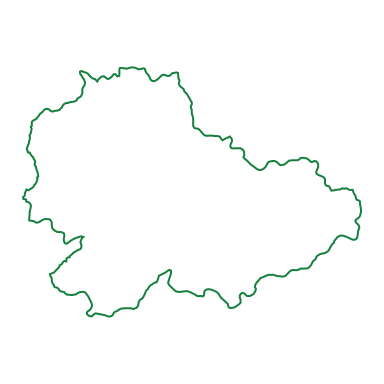 Brasilândia de Minas, Minas Gerais, Brazil
{"feature_id": "56859067B94455820983640", "entity_name": "Brasilândia de Minas", "entity_type": "district", "adm_level": 2, "iso_a3": "BRA", "parent_name": "Brazil", "parent_adm1": "Minas Gerais", "projection": "albers", "projection_center": [-45.906, -16.944], "detail": "fine", "context": "isolated", "style": "outline", "palette": "green", "viewbox_px": 384, "rotation_deg": 0, "n_neighbors": 0, "source": "geoboundaries", "source_scale": "gbopen_adm2", "svg_char_len": 5858}
<svg xmlns="http://www.w3.org/2000/svg" viewBox="0 0 384 384"><path d="M45.7,108.9L44.3,109.8L42.0,112.4L40.0,113.9L38.7,115.9L35.9,119.3L34.0,120.0L31.9,121.7L31.7,124.1L31.9,125.8L30.8,126.9L31.6,128.9L31.2,131.3L30.7,133.3L29.5,135.3L29.9,137.7L29.7,139.7L29.0,141.6L28.9,143.5L28.1,145.0L27.4,147.1L26.7,148.7L28.2,152.7L29.6,152.5L31.6,155.9L32.9,156.9L33.6,158.7L34.8,160.4L35.2,162.1L34.6,163.7L34.8,165.5L36.0,166.7L36.3,169.0L37.2,171.1L38.1,174.7L38.2,176.5L37.1,177.5L37.5,179.3L36.2,182.8L35.1,184.4L34.0,185.4L33.3,187.1L28.5,190.3L26.5,189.5L24.9,193.2L24.8,195.5L23.0,197.3L23.4,199.0L24.8,199.1L26.2,199.8L26.2,201.5L28.0,202.0L29.7,203.0L30.9,205.2L30.7,207.6L29.7,211.7L29.5,216.1L29.1,218.1L29.3,220.5L33.7,221.1L35.0,222.1L36.5,222.7L38.4,222.4L41.1,220.9L42.7,219.8L44.7,219.1L48.3,219.1L49.7,219.4L50.8,220.5L51.7,222.3L52.0,227.2L52.5,228.4L53.6,229.8L56.6,231.7L58.6,232.1L60.6,232.0L62.3,232.4L64.0,233.4L64.4,236.1L63.9,237.8L63.8,240.4L64.7,243.0L66.4,243.8L68.3,242.6L70.1,241.1L72.2,239.8L75.7,238.0L81.0,236.3L83.3,237.0L81.9,238.2L80.5,241.6L80.6,243.0L81.3,244.8L81.5,246.4L81.1,247.9L80.4,249.1L77.2,250.4L75.4,251.7L73.9,252.3L72.5,253.8L70.1,255.8L69.6,257.3L67.9,257.4L66.5,258.4L66.3,261.4L64.6,260.9L63.0,262.0L62.0,263.9L59.8,265.2L59.3,266.8L53.9,272.6L49.9,274.1L50.3,276.0L51.4,277.5L51.8,279.5L51.8,281.5L52.6,283.5L53.8,284.9L54.2,286.7L55.5,287.4L57.0,287.6L58.4,288.7L59.2,290.2L60.6,291.3L64.2,292.1L65.4,293.5L66.6,294.5L72.1,295.1L74.1,294.6L76.2,294.3L77.6,293.2L79.2,292.3L82.8,291.8L84.9,292.2L88.0,296.0L91.4,302.8L92.0,304.9L91.8,306.6L90.9,308.6L89.3,310.4L88.0,311.2L87.0,312.2L86.8,313.8L87.8,314.9L89.5,316.2L91.8,316.3L93.8,314.4L95.6,313.4L101.1,314.4L105.2,315.3L108.1,316.4L109.5,316.6L110.8,316.3L112.4,315.4L113.2,314.2L113.7,312.9L114.8,311.8L116.8,311.2L120.3,308.9L122.6,308.4L124.1,308.4L125.7,308.2L131.9,308.4L133.3,309.0L136.3,307.9L137.8,306.2L138.5,304.2L138.5,302.5L139.2,301.1L140.3,299.6L142.1,298.6L143.0,297.5L144.8,294.1L145.5,292.1L146.5,290.2L148.1,288.8L148.9,287.0L150.5,285.4L152.2,284.3L153.5,283.3L155.1,282.5L156.5,282.3L157.4,280.8L159.0,275.7L165.3,272.6L169.1,269.9L171.0,270.6L171.0,272.7L170.8,274.1L168.1,282.5L168.7,284.3L169.9,285.9L175.5,291.1L177.8,291.9L180.1,291.9L185.9,291.2L187.4,291.2L189.3,291.8L193.1,293.6L194.9,294.5L197.4,296.1L201.1,296.0L202.8,296.5L204.1,295.1L204.1,293.2L204.4,291.3L206.1,289.6L208.4,289.2L210.8,289.5L213.4,290.4L216.5,291.9L218.3,293.5L219.5,295.2L220.3,296.8L221.5,298.1L227.6,303.7L228.7,307.2L230.3,308.1L233.9,307.6L235.7,306.6L239.5,303.9L240.5,302.7L240.6,300.6L240.3,298.9L239.7,297.2L239.9,295.3L240.7,293.9L242.6,292.8L244.3,293.5L246.7,295.8L248.2,296.1L249.9,296.0L253.3,294.2L254.3,292.9L255.5,290.8L255.9,288.9L254.9,286.9L255.3,284.8L256.4,283.0L260.4,278.2L263.4,277.0L267.0,275.3L268.7,274.9L273.4,274.8L277.0,276.0L282.6,276.6L284.5,276.3L285.8,275.6L289.7,271.5L291.2,270.4L293.3,269.9L295.7,270.2L297.6,270.1L300.7,268.6L305.3,268.6L308.1,268.1L309.8,266.7L311.1,265.0L312.9,261.4L314.1,260.2L315.5,259.2L316.0,257.7L317.0,256.1L319.7,254.3L321.8,253.6L324.3,253.3L326.5,252.2L328.4,250.9L331.2,245.7L332.2,244.2L333.9,242.7L334.2,241.1L337.1,237.5L338.6,236.3L340.5,235.5L343.8,235.8L349.7,238.3L351.5,239.2L353.2,239.8L354.8,239.7L356.2,238.9L357.2,237.8L357.6,235.6L358.1,231.1L359.4,227.4L358.7,225.3L355.7,222.1L355.4,220.5L356.5,219.3L358.1,218.2L359.7,216.5L360.4,214.6L360.8,212.6L361.0,210.9L360.9,208.8L359.9,203.4L360.0,201.4L358.6,200.3L356.8,199.9L355.9,198.4L355.7,196.5L354.9,194.8L353.8,193.3L352.6,189.9L349.3,189.9L346.4,188.2L344.6,188.7L342.1,188.3L340.3,189.4L335.3,189.9L333.3,190.5L331.3,190.6L330.3,188.8L329.8,187.2L328.5,186.1L326.3,185.6L325.4,184.5L324.9,183.0L325.1,179.4L324.0,177.6L322.5,176.6L318.4,175.0L316.9,174.0L316.2,172.7L316.5,170.9L318.1,167.3L318.2,165.0L317.6,162.8L316.0,161.2L313.9,161.1L312.6,161.9L311.2,162.0L308.5,159.6L306.8,158.5L304.7,158.0L302.8,157.8L300.5,158.1L299.2,159.4L297.6,160.2L291.8,160.3L288.9,160.7L285.0,164.2L283.7,164.6L280.3,165.2L278.8,164.0L277.9,162.9L276.4,161.8L274.5,161.0L272.5,161.0L268.9,161.8L267.7,162.8L266.7,165.1L265.0,167.5L263.6,168.7L261.7,169.8L259.2,170.0L257.3,169.3L253.3,166.3L251.2,164.9L246.6,160.2L244.8,158.9L243.4,157.2L244.2,155.5L244.3,153.9L244.0,151.8L243.4,150.4L241.9,149.0L240.2,148.2L232.3,148.4L230.7,147.6L230.3,145.9L230.7,144.1L231.8,141.9L232.0,140.3L231.5,138.4L229.8,136.5L227.4,137.8L225.7,138.4L222.6,140.3L221.3,139.0L220.6,137.8L219.6,136.7L218.1,136.1L215.0,136.0L211.3,135.6L209.6,135.6L208.0,135.8L205.6,135.7L203.4,134.4L200.4,130.8L198.2,128.7L196.1,128.5L194.3,127.9L193.2,126.1L193.2,119.1L192.9,117.1L191.8,113.4L191.7,109.7L191.1,108.2L190.7,106.3L191.8,104.4L191.8,102.4L190.8,101.0L189.9,99.0L187.1,94.3L184.2,91.3L183.8,89.4L182.6,88.2L180.8,86.9L179.3,85.1L178.8,83.1L179.4,81.5L179.4,80.0L178.4,78.4L178.0,73.0L176.7,72.4L172.3,73.2L169.7,75.8L167.8,75.9L166.3,75.6L164.8,74.8L162.7,74.8L161.2,75.8L159.1,78.0L157.6,79.3L155.0,80.9L153.3,81.2L151.4,80.5L150.2,78.9L149.4,76.9L148.5,75.2L147.0,73.6L145.6,71.4L144.7,68.7L143.2,68.3L140.9,69.1L138.6,69.3L137.2,68.8L135.7,67.9L133.5,67.4L131.0,67.5L126.4,68.8L125.0,68.3L123.4,68.3L121.9,67.8L119.9,68.1L119.3,69.9L119.4,73.8L119.2,76.0L117.3,76.4L115.7,74.3L113.9,74.1L112.9,75.2L111.7,76.8L109.4,78.6L107.5,79.0L103.8,76.2L101.5,76.7L98.3,79.5L97.2,81.5L95.2,79.2L92.3,78.3L89.4,75.6L88.1,73.9L86.2,72.7L83.0,71.7L81.7,71.0L80.0,71.6L80.2,73.9L81.4,75.4L83.2,78.5L84.1,79.6L85.0,82.6L84.7,84.7L84.0,86.1L82.9,87.5L82.2,89.8L82.5,91.7L82.1,94.1L81.1,96.1L80.0,97.0L77.3,98.6L76.6,100.4L75.0,101.3L73.6,101.7L71.7,101.9L69.5,102.3L67.9,103.0L66.1,103.0L63.6,104.4L62.4,106.0L61.8,107.4L59.2,110.0L56.9,110.7L54.1,110.9L52.8,111.6L50.9,111.1L49.2,109.5L47.2,108.9L45.7,108.9Z" fill="none" stroke="#15803d" stroke-width="2"/></svg>